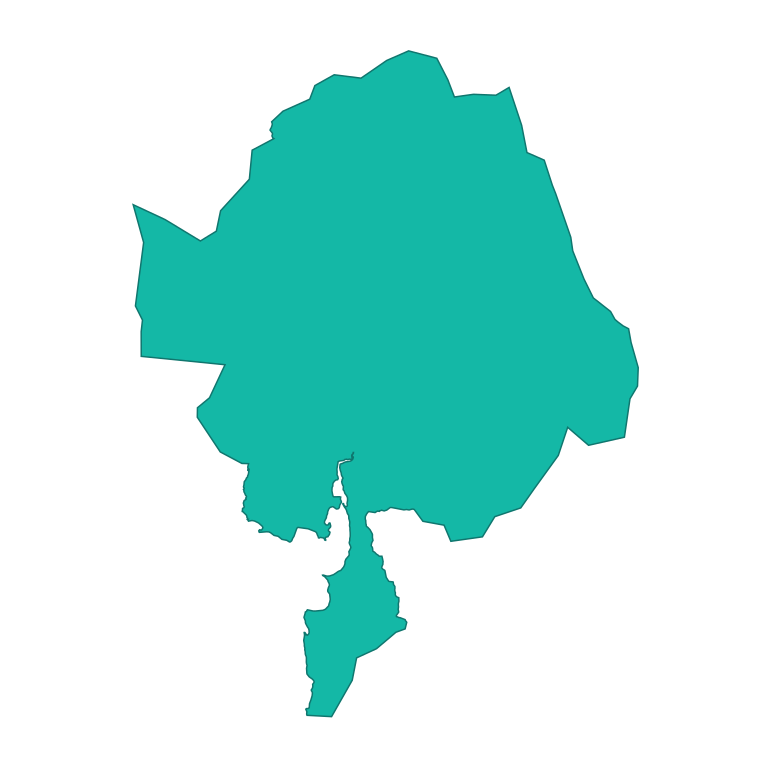 Alag-Erdene, Hövsgöl, Mongolia (Albers equal-area conic projection), rotated 181°
{"feature_id": "93677404B90786292035657", "entity_name": "Alag-Erdene", "entity_type": "district", "adm_level": 2, "iso_a3": "MNG", "parent_name": "Mongolia", "parent_adm1": "Hövsgöl", "projection": "albers", "projection_center": [100.216, 50.317], "detail": "fine", "context": "isolated", "style": "filled", "palette": "teal", "viewbox_px": 768, "rotation_deg": 181, "n_neighbors": 0, "source": "geoboundaries", "source_scale": "gbopen_adm2", "svg_char_len": 6129}
<svg xmlns="http://www.w3.org/2000/svg" viewBox="0 0 768 768"><g transform="rotate(181 384 384)"><path d="M455.2,51.4L430.6,50.5L410.6,87.2L406.6,109.7L386.9,119.2L367.7,136.0L358.6,139.5L357.1,146.2L358.4,147.8L358.8,148.8L363.7,150.6L365.5,150.8L366.1,151.3L367.4,151.6L367.6,152.0L367.5,153.0L365.4,156.0L365.4,156.8L365.9,158.9L365.6,161.3L365.8,163.5L365.8,164.8L365.3,167.1L365.5,170.6L367.0,171.1L368.5,172.3L368.8,172.9L369.0,173.6L369.0,175.7L369.4,176.5L369.7,178.5L369.5,179.9L369.6,181.8L371.0,183.7L371.3,186.0L371.5,186.3L374.8,186.6L375.9,186.9L378.4,190.7L379.8,197.3L380.1,197.8L381.9,198.8L383.0,200.1L383.0,201.1L381.9,203.9L382.0,204.8L381.8,206.4L382.4,209.2L383.1,211.8L385.4,211.7L386.1,212.0L387.2,213.0L388.5,213.7L390.5,215.7L392.2,216.6L392.6,219.8L393.0,220.8L393.7,221.5L394.0,222.2L393.5,225.1L392.3,227.4L392.9,230.4L392.9,233.2L393.3,234.3L395.4,238.0L397.7,240.4L399.0,241.3L399.2,241.7L399.3,242.9L399.7,244.3L399.9,247.4L400.3,248.3L400.4,249.5L400.3,251.3L398.9,254.1L397.2,256.2L390.7,255.3L388.4,256.8L386.4,256.6L386.1,257.2L385.1,257.3L384.3,257.8L381.6,257.1L379.0,258.0L375.7,260.6L374.0,260.6L361.9,258.5L359.3,258.9L356.7,258.5L353.7,259.4L352.5,259.4L351.5,259.0L342.7,247.4L321.5,243.9L314.4,227.9L282.9,232.9L270.9,253.3L245.1,262.5L232.1,281.7L208.5,315.6L199.6,343.9L178.4,326.3L142.7,335.0L137.8,373.5L130.5,386.3L130.1,404.8L137.7,429.9L140.4,443.5L146.0,446.3L151.2,450.1L154.2,452.6L158.7,460.4L176.2,473.7L185.9,492.5L197.6,520.4L199.8,534.0L215.7,577.4L219.2,585.8L227.7,610.6L245.1,617.9L250.9,645.1L264.1,682.7L277.1,674.7L299.6,675.2L318.6,672.2L325.5,689.3L336.9,710.6L365.2,717.5L387.0,707.5L412.3,689.4L439.2,692.3L458.3,681.2L463.2,667.5L489.8,655.0L500.9,644.2L500.3,642.5L500.3,641.1L501.2,638.3L502.2,636.6L502.3,635.7L500.3,633.3L499.9,632.5L499.9,631.7L500.3,630.6L500.3,629.9L499.4,628.0L498.4,627.4L519.9,615.5L522.2,586.4L550.4,554.4L554.3,533.9L570.1,523.8L605.8,544.6L637.9,558.9L626.8,521.3L633.9,457.7L626.6,443.7L627.7,432.1L627.2,407.4L543.3,400.5L558.2,367.2L570.1,357.0L570.1,347.5L546.5,313.2L524.7,302.1L518.0,302.0L518.7,299.1L518.7,297.5L517.8,296.9L517.3,296.3L517.5,295.8L518.7,295.8L518.7,295.3L517.6,294.5L518.1,291.3L518.8,289.6L518.9,288.5L519.9,287.6L520.5,285.9L522.0,283.9L522.3,280.4L522.7,278.9L522.5,278.0L521.9,277.5L522.1,276.7L522.7,276.2L522.3,275.5L522.1,273.7L521.2,272.1L520.7,270.7L519.8,269.7L519.5,268.8L520.3,267.4L519.9,266.9L519.9,266.3L521.8,265.0L522.5,262.7L522.5,262.0L522.2,261.4L522.2,260.6L521.6,258.7L522.0,257.8L522.9,257.4L523.3,256.9L523.3,255.3L523.6,254.4L523.5,254.0L522.4,253.6L521.8,252.8L519.4,250.6L518.8,249.3L518.7,248.2L518.1,247.6L518.4,246.3L517.4,246.3L517.8,245.7L517.1,244.5L513.6,245.2L511.2,244.8L507.0,242.9L503.3,239.7L502.6,238.5L502.8,237.6L503.6,236.2L504.3,235.8L505.8,236.1L506.5,235.3L506.4,235.2L506.5,234.0L505.9,233.5L498.7,234.2L496.5,234.1L494.9,233.4L491.3,230.7L487.2,229.9L483.4,226.9L478.5,226.0L475.8,224.4L474.8,224.5L473.5,225.7L472.6,228.1L471.4,230.0L468.7,238.0L467.9,239.0L467.2,239.1L457.3,237.9L450.1,235.2L449.3,234.6L448.7,233.8L447.9,231.7L447.2,230.4L446.8,229.0L446.0,228.9L444.9,229.5L441.9,229.0L441.0,228.3L440.6,227.0L439.6,226.7L439.5,227.0L440.1,228.9L439.8,229.5L439.4,229.8L437.3,230.4L437.0,231.3L436.0,232.4L435.4,234.9L436.8,236.1L437.1,236.9L436.7,238.0L435.0,240.0L434.8,241.1L435.5,243.8L435.7,244.1L436.4,244.0L437.4,242.2L438.6,241.9L439.7,242.3L441.1,243.9L441.0,245.9L439.3,249.2L439.1,251.2L438.2,253.4L438.1,255.2L437.2,257.7L436.4,259.0L435.6,259.7L433.5,260.4L432.7,260.4L429.5,258.2L427.7,258.4L426.6,259.5L426.0,262.5L424.5,265.0L424.6,265.8L425.6,268.1L425.3,270.2L426.4,270.5L432.2,270.3L432.9,270.8L433.4,272.4L434.2,276.3L434.1,279.6L433.4,281.0L433.4,283.6L432.0,285.9L430.5,287.1L428.7,287.5L428.1,288.6L428.5,290.6L429.4,292.5L429.3,295.0L429.6,298.2L428.5,305.5L427.3,306.2L422.9,306.9L421.6,308.0L420.6,307.9L420.0,308.2L419.2,307.8L417.2,308.3L415.3,307.9L415.0,308.1L414.6,309.1L415.0,311.4L415.0,312.4L413.7,314.1L413.6,315.0L413.3,315.0L413.4,314.0L414.5,312.6L414.6,311.9L414.6,311.5L413.5,310.5L413.4,309.9L414.0,308.2L415.0,307.1L416.2,306.3L421.5,305.3L424.1,303.9L426.0,303.3L426.5,302.8L426.8,299.6L426.2,296.9L425.3,294.5L425.0,292.4L424.4,291.0L423.5,289.6L423.4,288.8L424.1,288.0L424.2,286.8L424.6,285.9L424.3,284.2L423.5,282.1L423.1,281.7L422.8,280.5L423.0,278.0L422.9,277.4L422.1,276.7L421.2,274.0L419.4,271.6L418.5,269.6L418.4,267.1L418.9,264.0L418.5,262.4L418.6,261.5L419.4,260.8L420.3,260.8L421.6,261.7L422.1,262.5L422.2,263.4L422.8,263.8L423.0,263.7L423.1,263.3L421.6,260.6L420.1,258.6L419.4,257.3L418.3,253.8L417.3,252.4L417.0,251.6L416.8,248.7L416.0,246.4L416.0,245.8L415.8,245.5L416.0,241.6L415.5,239.6L415.5,237.6L415.2,234.8L415.1,231.2L415.5,228.7L415.5,227.0L416.0,224.9L415.8,223.7L414.6,221.2L414.3,219.8L414.9,218.3L416.2,215.7L415.8,213.3L416.0,211.9L419.1,208.1L419.9,205.8L419.9,203.7L420.5,201.8L421.2,200.3L423.9,196.9L426.3,195.9L431.1,192.5L435.1,191.1L437.7,190.9L441.3,191.9L442.1,191.8L442.0,191.5L440.0,190.4L437.0,187.1L436.6,186.4L436.5,185.6L435.4,183.6L435.1,182.4L435.2,181.3L436.0,179.6L436.7,176.9L436.5,175.4L434.7,173.1L434.1,168.8L434.0,167.5L434.4,165.3L435.1,163.2L435.5,161.2L438.6,157.8L441.0,156.7L448.6,155.8L451.0,155.8L456.6,156.9L457.1,156.4L457.4,155.4L458.7,154.6L458.8,153.5L459.9,149.5L459.9,149.1L458.5,145.8L458.4,144.0L458.1,143.1L456.3,139.8L455.2,138.3L454.7,136.7L454.5,134.1L454.9,132.9L455.8,131.8L456.3,131.5L457.3,132.3L457.7,131.8L458.4,132.0L459.1,133.2L458.1,133.0L458.1,133.3L458.7,134.1L459.3,134.2L459.4,133.6L459.1,131.7L459.2,130.2L459.8,126.2L459.1,122.5L459.1,120.7L458.5,118.4L458.6,116.9L458.1,114.9L458.0,112.9L457.8,111.9L457.0,110.1L456.8,108.9L456.8,104.5L456.5,102.7L456.0,101.3L456.5,98.4L456.1,93.6L455.9,92.6L453.7,89.9L450.5,87.7L449.2,86.3L448.7,85.3L448.8,84.3L450.1,82.5L449.9,80.7L450.1,79.2L450.6,78.0L451.3,77.1L451.3,76.1L450.7,75.4L450.3,74.4L450.2,73.3L450.4,71.1L451.6,66.7L452.9,63.1L453.1,59.1L454.2,58.2L455.9,58.1L456.5,57.5L455.4,54.9L455.6,52.6L455.2,51.4Z" fill="#14b8a6" stroke="#0f766e" stroke-width="1.5"/></g></svg>